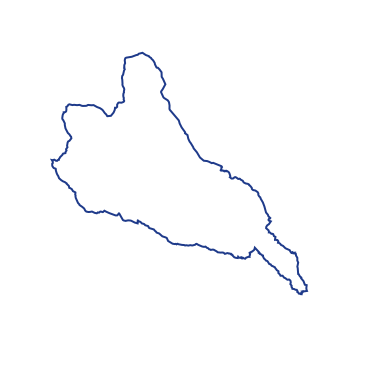 Ibanesti, Mures, Romania (Robinson projection), rotated 218°
{"feature_id": "2599482B16431385542247", "entity_name": "Ibanesti", "entity_type": "district", "adm_level": 2, "iso_a3": "ROU", "parent_name": "Romania", "parent_adm1": "Mures", "projection": "robinson", "projection_center": [25.127, 46.761], "detail": "fine", "context": "isolated", "style": "outline", "palette": "blue", "viewbox_px": 384, "rotation_deg": 218, "n_neighbors": 0, "source": "geoboundaries", "source_scale": "gbopen_adm2", "svg_char_len": 6050}
<svg xmlns="http://www.w3.org/2000/svg" viewBox="0 0 384 384"><g transform="rotate(218 192 192)"><path d="M309.6,272.5L312.7,271.5L316.7,271.2L319.1,268.1L319.2,266.7L320.2,265.6L322.7,261.5L326.5,257.4L326.9,256.5L326.6,255.4L326.0,254.3L324.0,252.3L323.6,250.7L322.9,249.4L322.1,248.8L321.9,247.9L320.6,247.4L320.3,245.8L318.5,242.0L318.4,240.4L317.3,238.6L316.1,237.6L313.3,234.4L312.9,233.7L311.8,232.9L309.4,231.9L308.5,231.1L307.6,229.3L306.9,228.6L306.7,227.5L305.8,226.0L304.6,224.7L303.7,224.2L302.7,222.7L301.7,222.2L301.4,221.8L301.4,220.9L302.5,219.0L304.7,217.5L305.0,216.8L304.8,214.8L303.4,213.0L303.6,211.7L304.5,211.0L303.4,209.1L302.7,206.3L302.8,202.1L304.5,200.5L305.0,199.9L305.5,199.6L307.3,200.3L309.3,200.5L312.6,201.5L314.1,201.6L316.2,201.4L319.1,200.5L323.0,199.9L324.7,198.4L327.4,196.7L327.7,196.3L328.0,195.4L328.6,194.6L331.0,192.6L331.9,192.1L334.3,191.4L336.0,189.7L338.6,188.1L339.7,186.9L342.6,185.6L343.1,184.7L343.0,182.6L343.5,181.7L341.7,179.6L340.9,178.2L340.9,177.4L341.1,176.9L342.2,175.8L341.6,175.2L341.6,174.1L341.2,172.9L339.7,170.3L338.7,169.5L337.8,169.4L334.5,167.8L333.5,166.5L330.8,164.2L326.2,162.1L324.0,161.9L322.1,161.2L321.4,161.2L320.1,160.0L320.1,156.9L320.7,155.6L320.5,154.5L318.9,151.5L317.7,150.6L317.6,148.2L316.4,147.4L316.4,146.1L315.7,144.7L317.2,142.9L317.2,142.2L317.0,141.5L317.4,138.1L317.2,137.6L317.2,136.2L316.7,135.4L317.3,134.8L317.5,134.2L317.4,133.7L318.3,132.9L320.4,132.7L321.5,131.2L322.1,130.9L320.4,130.2L319.5,129.1L319.6,128.3L318.7,127.1L317.9,126.4L316.4,125.9L315.6,125.8L313.9,126.4L313.5,126.3L312.5,125.1L310.2,123.5L308.9,122.8L307.2,122.2L305.2,121.0L302.3,120.8L300.1,121.0L298.4,121.5L296.0,121.6L295.8,121.3L292.9,121.0L291.2,119.7L290.4,120.1L289.8,120.1L288.7,120.3L286.3,119.4L283.7,119.9L283.3,119.6L282.6,118.2L281.6,117.6L281.4,117.1L280.0,115.8L275.1,113.2L273.2,112.9L272.6,112.5L269.3,112.7L266.8,112.6L264.7,111.6L263.2,111.5L261.4,112.4L260.2,113.4L258.8,115.0L255.7,115.7L253.9,116.6L253.6,118.0L252.6,118.4L252.2,120.1L251.7,120.5L250.1,121.1L249.8,121.4L249.5,123.3L247.7,123.6L244.0,124.5L237.8,126.5L236.5,127.6L236.4,128.7L236.5,129.8L236.4,130.2L236.0,130.2L229.2,127.4L228.4,127.5L226.6,128.3L224.9,130.3L223.3,131.4L222.3,131.9L218.2,132.7L215.5,133.8L216.0,134.7L216.9,135.5L217.2,136.2L217.0,136.3L215.5,136.2L214.3,136.7L212.0,136.4L211.1,136.9L209.8,137.3L208.4,137.0L205.7,138.1L204.9,137.9L204.3,137.4L203.4,137.3L199.0,139.0L197.3,138.6L196.0,138.6L195.0,138.2L192.3,139.1L188.1,138.8L184.8,140.0L183.5,140.2L180.7,138.7L175.5,139.3L173.6,140.3L172.9,141.1L172.0,141.2L171.7,142.1L171.4,142.4L170.8,142.4L167.2,144.2L165.7,145.3L164.5,145.6L163.9,146.4L161.8,147.6L160.7,149.0L158.9,150.0L158.3,150.7L157.0,152.5L156.9,153.4L156.4,154.0L154.6,154.2L150.4,155.3L148.7,156.2L147.7,157.3L145.9,157.2L144.8,157.6L143.3,157.4L142.5,157.8L141.6,157.9L140.2,159.4L139.3,159.9L135.9,160.4L134.7,160.3L132.1,161.9L131.0,162.9L129.7,163.6L128.0,163.5L126.7,165.4L126.1,165.9L125.0,166.2L124.4,166.8L122.1,166.9L122.0,167.0L122.2,167.3L121.2,167.3L120.7,166.9L118.4,166.6L116.8,167.2L115.3,168.1L115.8,169.4L114.5,169.2L113.0,170.1L113.3,170.5L113.2,170.7L112.0,170.3L111.7,170.5L112.2,171.2L111.2,171.6L110.0,171.7L109.0,172.2L108.9,173.6L107.6,175.7L106.7,176.3L107.1,176.7L107.7,178.4L108.5,178.9L108.5,179.6L109.1,179.8L108.2,181.5L108.3,181.6L107.9,182.3L107.4,184.4L107.5,185.2L108.2,186.8L101.9,185.8L101.0,185.5L101.3,185.1L101.1,185.1L100.2,185.0L98.7,185.5L97.6,185.2L96.9,185.6L96.3,184.9L94.3,183.9L92.5,183.8L91.5,183.5L90.4,183.9L89.7,183.9L86.7,182.8L85.6,183.4L83.8,182.9L83.1,183.2L80.2,183.7L79.1,183.1L78.0,183.0L77.1,182.6L75.2,182.8L74.7,182.4L74.2,181.4L72.0,181.1L70.7,180.5L69.1,181.8L66.6,181.2L65.3,181.6L63.6,181.5L62.5,181.8L61.7,182.8L60.2,182.8L59.5,182.5L58.4,181.4L57.8,180.0L55.8,179.5L55.2,178.5L54.2,178.2L53.3,177.5L51.8,178.4L50.2,178.7L49.2,179.4L47.8,178.8L47.6,178.1L46.3,178.2L45.4,177.7L44.8,178.1L43.5,178.4L42.8,178.9L43.8,179.7L43.2,181.0L43.1,180.9L43.1,182.1L43.6,182.0L43.3,182.4L42.4,182.8L40.5,184.8L41.2,185.2L42.7,186.6L44.3,189.2L46.0,188.4L49.2,190.4L52.9,191.2L53.2,191.9L54.9,191.9L57.6,193.0L57.9,192.8L61.9,197.2L63.0,198.0L64.9,201.8L66.8,202.8L68.5,205.0L70.8,205.9L72.3,207.3L73.8,206.4L73.9,207.2L75.6,205.6L76.0,206.2L76.6,205.3L77.7,205.6L79.2,206.3L83.7,205.2L87.1,205.6L89.3,205.1L90.5,205.5L92.4,205.4L93.0,205.0L93.6,206.3L95.0,206.7L95.2,206.4L96.7,205.9L97.1,205.4L97.5,205.8L97.8,206.6L98.6,208.0L100.3,207.7L102.1,208.8L102.9,208.6L103.8,207.9L105.6,208.1L106.5,207.5L106.7,208.0L107.3,208.3L108.0,208.9L111.3,209.1L112.0,210.2L112.2,212.0L111.6,214.0L111.8,217.4L113.8,216.8L114.4,217.0L114.7,217.4L114.8,218.3L114.7,218.9L114.3,219.3L113.5,219.6L116.8,219.9L118.2,220.8L121.0,221.4L126.1,225.2L129.7,227.4L133.7,229.0L134.9,229.8L136.3,229.9L137.5,230.3L138.3,230.9L138.8,231.7L140.1,232.3L142.6,232.2L143.4,232.0L144.9,231.2L145.6,231.1L146.7,231.3L147.5,232.1L149.6,232.6L151.2,232.6L151.5,233.0L153.0,232.8L154.9,231.8L156.3,231.5L157.3,231.4L158.9,232.1L161.3,231.7L162.3,231.9L162.8,231.7L163.4,230.9L163.8,230.7L166.0,230.7L167.2,230.3L167.7,229.2L167.8,228.2L168.6,227.3L169.2,226.9L171.2,227.0L171.1,227.5L172.0,228.4L174.1,229.8L175.1,230.2L176.7,230.2L178.0,229.9L178.2,229.7L178.1,229.2L178.9,229.0L179.2,228.2L179.7,228.1L180.2,228.3L182.4,226.7L182.7,226.7L182.9,227.1L182.7,227.9L183.8,229.1L183.7,230.1L184.2,230.4L184.9,230.4L193.3,228.0L194.2,226.9L197.2,226.3L199.1,225.7L202.0,223.9L207.0,224.1L212.6,226.3L217.6,227.4L218.7,228.1L223.2,229.8L224.8,230.2L227.2,231.4L228.1,232.0L230.6,234.1L233.7,234.0L234.1,234.8L239.9,236.5L243.9,238.4L245.9,239.9L246.6,240.3L260.1,243.1L260.9,243.6L263.0,246.4L265.1,248.3L265.9,248.8L267.5,249.3L271.8,248.9L272.8,249.0L277.8,251.6L278.2,252.2L278.4,255.2L279.3,260.5L284.6,263.3L286.8,264.1L289.7,267.6L293.2,268.6L295.4,268.9L296.3,268.3L296.7,268.3L299.8,269.8L300.8,270.7L302.8,271.5L304.2,271.9L305.9,272.0L306.7,272.4L308.8,272.2L309.6,272.5Z" fill="none" stroke="#1e3a8a" stroke-width="2"/></g></svg>